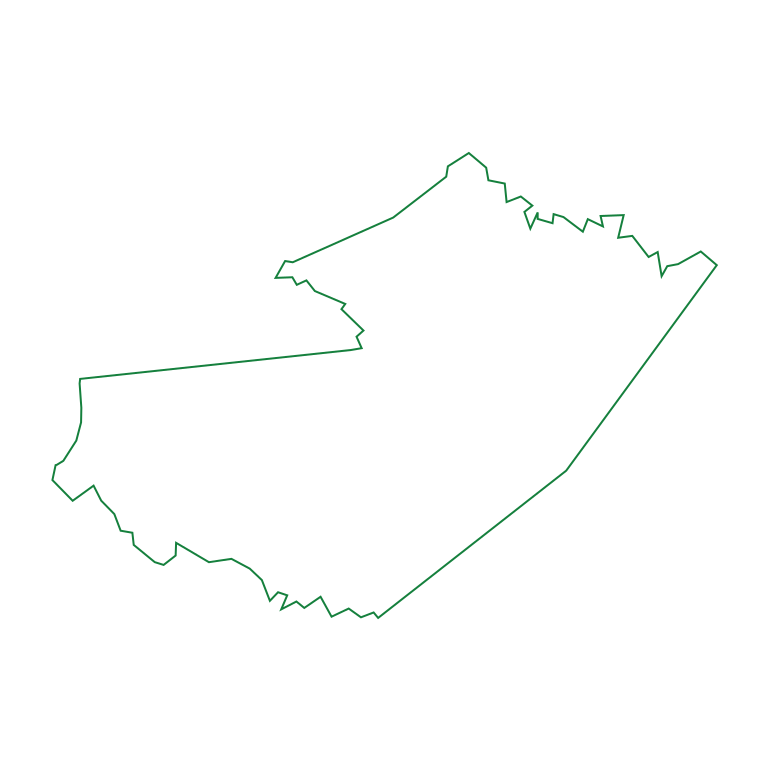 Refugio, Texas, United States of America, rotated 183°
{"feature_id": "52423323B18578133959698", "entity_name": "Refugio", "entity_type": "district", "adm_level": 2, "iso_a3": "USA", "parent_name": "United States of America", "parent_adm1": "Texas", "projection": "albers", "projection_center": [-97.12, 28.308], "detail": "fine", "context": "isolated", "style": "outline", "palette": "green", "viewbox_px": 768, "rotation_deg": 183, "n_neighbors": 0, "source": "geoboundaries", "source_scale": "gbopen_adm2", "svg_char_len": 1147}
<svg xmlns="http://www.w3.org/2000/svg" viewBox="0 0 768 768"><g transform="rotate(183 384 384)"><path d="M687.7,373.2L688.0,368.6L685.0,344.4L684.5,329.8L688.3,311.4L700.2,290.5L706.6,286.1L707.7,285.8L710.1,270.7L688.8,251.1L668.7,267.3L660.3,252.7L646.5,240.0L639.3,223.7L627.5,222.3L625.5,210.2L603.6,194.1L594.6,191.8L583.1,201.8L583.3,214.5L549.5,196.9L527.2,201.4L508.4,192.6L495.7,181.8L486.6,161.5L478.9,170.5L469.6,167.9L474.8,153.6L460.1,162.2L451.9,156.2L436.2,168.2L424.2,148.9L407.5,157.9L394.8,149.8L382.4,155.3L377.6,150.1L197.5,307.0L57.9,520.1L74.6,532.9L96.6,519.1L107.3,516.5L112.4,506.2L117.6,530.1L126.4,524.7L143.8,544.9L157.8,542.3L153.5,565.2L176.5,563.1L173.6,552.8L189.1,559.3L193.4,546.5L213.5,560.1L223.5,562.5L224.1,553.4L239.2,556.9L239.5,563.4L246.0,546.8L252.8,563.2L245.2,569.9L257.2,578.4L271.1,572.1L273.9,590.5L290.4,592.9L293.3,605.4L311.4,619.1L331.6,604.7L332.7,594.3L383.5,550.7L481.5,500.8L489.2,501.6L497.8,484.3L481.1,485.8L476.3,478.5L466.9,483.4L457.9,473.2L426.9,461.9L430.4,456.5L407.3,436.3L413.9,429.8L408.2,418.6L418.9,416.2L687.7,373.2Z" fill="none" stroke="#15803d" stroke-width="2"/></g></svg>